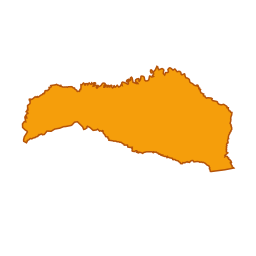 the district of Kralanh, Siemréab, Cambodia, rotated 81°
{"feature_id": "14789045B14092242539630", "entity_name": "Kralanh", "entity_type": "district", "adm_level": 2, "iso_a3": "KHM", "parent_name": "Cambodia", "parent_adm1": "Siemréab", "projection": "albers", "projection_center": [103.469, 13.548], "detail": "fine", "context": "isolated", "style": "filled", "palette": "amber", "viewbox_px": 256, "rotation_deg": 81, "n_neighbors": 0, "source": "geoboundaries", "source_scale": "gbopen_adm2", "svg_char_len": 5706}
<svg xmlns="http://www.w3.org/2000/svg" viewBox="0 0 256 256"><g transform="rotate(81 128 128)"><path d="M80.2,70.2L79.9,70.9L77.2,72.3L77.0,72.6L77.9,74.5L76.0,76.0L75.3,76.8L75.1,77.8L76.4,79.4L78.8,79.3L79.4,80.2L79.2,82.2L81.4,83.5L79.8,84.6L77.6,84.1L76.8,83.6L75.7,83.7L74.6,85.1L75.3,88.4L73.5,89.1L72.4,89.0L71.6,89.8L74.8,91.9L76.2,93.6L76.2,94.7L74.3,95.7L74.3,96.6L75.8,97.0L77.3,96.5L77.5,94.3L77.8,94.1L78.9,94.3L79.9,95.6L81.1,94.7L81.4,96.6L80.0,98.3L80.3,98.7L83.6,99.9L84.4,101.1L84.4,103.0L83.4,104.0L80.2,104.1L79.2,105.1L78.8,106.7L79.0,107.1L81.8,107.9L83.6,109.4L83.3,109.9L81.3,109.5L80.9,109.7L80.9,111.5L81.6,112.9L82.8,113.4L83.5,113.2L84.9,111.5L85.7,111.2L85.5,112.6L83.6,115.9L80.2,116.0L78.9,116.2L78.3,116.7L78.9,117.7L79.8,118.1L80.7,117.7L81.4,118.2L81.4,118.6L80.3,119.4L80.0,119.9L80.4,120.3L82.0,119.9L82.1,120.6L80.5,121.3L81.1,122.0L81.9,122.2L83.0,120.6L83.6,120.5L84.4,120.8L84.8,121.3L82.6,124.3L81.8,126.1L82.1,126.8L82.7,127.2L84.9,127.1L84.1,128.0L85.5,129.1L86.1,130.7L84.1,132.0L85.7,134.1L85.6,134.5L84.1,135.0L84.2,135.4L85.6,136.1L86.0,137.0L84.8,137.7L83.6,137.3L83.1,137.9L83.3,138.7L84.6,139.5L84.6,139.9L84.2,140.4L83.4,140.0L82.9,140.5L82.8,141.4L84.3,141.8L84.3,142.2L82.9,142.1L82.3,142.5L82.1,143.0L84.1,144.6L83.9,145.5L82.3,145.0L81.3,143.7L80.5,143.7L79.8,144.8L79.9,146.2L81.7,147.9L82.5,149.5L82.3,150.4L81.3,150.9L81.2,151.3L81.9,151.7L83.2,151.5L83.8,152.4L83.2,152.9L81.5,152.4L80.8,152.7L80.6,153.4L81.3,155.1L81.3,156.0L80.0,155.3L78.9,153.1L78.7,153.0L78.1,153.5L78.0,154.5L78.7,155.9L77.8,156.8L79.0,157.2L79.1,157.9L77.4,159.3L79.0,160.9L77.8,161.2L77.6,162.9L77.7,163.2L78.7,163.2L78.9,163.8L77.1,164.4L76.6,165.0L78.1,166.7L77.8,167.7L81.1,168.2L82.5,168.7L82.3,169.2L82.6,169.5L84.2,170.2L83.9,171.0L84.1,172.0L83.5,172.7L82.8,172.7L81.1,174.5L80.1,174.6L79.9,175.7L78.4,177.0L77.9,180.6L78.3,181.5L77.9,182.0L77.4,185.9L76.5,187.3L75.6,187.6L76.2,188.0L76.2,188.4L75.6,188.8L74.8,189.9L74.8,190.6L73.7,191.7L74.0,192.8L74.0,197.6L74.8,197.3L75.5,197.7L75.6,199.6L76.6,199.3L77.3,199.7L77.4,200.5L77.9,200.7L78.6,202.1L78.1,203.0L78.3,204.1L80.2,204.8L80.2,205.3L81.0,205.7L80.8,206.7L81.6,207.5L82.0,209.1L83.4,211.6L83.4,212.1L82.9,212.4L83.3,212.9L83.3,213.2L82.9,213.3L83.1,213.9L83.0,214.8L82.7,214.9L84.5,217.9L84.6,218.9L84.3,219.4L84.1,220.9L84.8,221.2L85.8,220.2L86.4,220.7L87.9,220.7L88.7,221.2L90.1,223.7L92.0,224.0L92.7,223.7L93.6,224.4L94.2,223.9L94.6,224.0L94.5,224.4L95.9,226.1L96.2,226.0L96.8,224.8L98.0,224.6L98.1,225.6L100.1,227.4L100.9,226.5L102.3,226.4L102.2,227.0L101.1,227.6L101.1,228.1L101.5,228.2L105.9,228.0L105.4,229.4L107.5,231.6L111.0,232.0L113.6,230.1L115.3,228.2L116.2,228.0L120.5,231.8L123.4,233.0L124.8,233.1L126.7,230.6L125.0,229.3L124.6,229.4L124.1,227.7L123.1,226.2L123.7,224.7L123.0,223.1L123.0,221.3L122.5,220.8L122.2,218.4L121.4,217.9L121.3,217.2L120.6,216.9L120.8,216.2L120.4,214.5L120.6,213.9L121.3,213.6L121.3,211.7L118.4,208.5L119.2,204.4L117.6,200.6L117.5,195.4L116.6,191.5L116.8,189.4L116.6,183.9L116.2,182.8L113.9,179.9L113.9,177.0L119.8,172.6L122.5,172.0L122.4,170.7L121.5,168.6L120.1,168.2L119.9,167.8L121.6,165.5L124.9,162.8L125.0,159.6L124.4,158.1L126.7,156.5L126.4,155.5L127.2,154.2L126.6,153.6L126.8,153.2L129.0,153.2L131.1,151.9L133.0,151.4L133.7,149.4L135.3,149.3L136.0,148.6L137.1,148.8L138.3,144.8L138.7,144.4L139.1,142.0L139.8,141.1L140.2,139.2L140.9,138.2L140.9,137.2L142.8,135.4L143.1,134.7L144.3,134.4L144.8,131.2L146.7,131.2L147.4,129.5L147.7,127.0L148.5,127.5L148.8,126.9L150.8,127.5L151.5,127.4L151.9,126.5L152.3,125.0L151.7,123.9L151.8,123.1L152.6,122.4L153.3,123.2L153.9,122.2L154.2,121.7L153.7,121.2L154.0,120.8L153.7,120.4L154.4,118.8L155.4,117.4L154.7,116.5L154.4,113.5L155.2,108.0L156.3,107.0L155.5,106.4L156.2,105.2L156.1,104.0L157.2,103.1L157.4,102.3L158.4,101.9L158.9,101.0L158.6,100.7L159.4,99.7L159.8,99.8L160.1,98.3L160.5,98.7L161.9,96.1L161.9,95.2L162.5,94.5L162.3,93.8L163.3,94.0L163.2,92.6L163.9,91.7L164.8,89.2L165.1,88.7L166.1,88.8L166.4,88.3L166.4,86.6L167.4,85.8L168.3,83.6L169.0,83.3L170.3,81.8L171.3,81.7L171.8,80.1L170.8,79.1L171.1,78.8L171.0,77.8L171.3,77.4L170.5,74.8L171.3,74.1L171.1,73.3L171.6,72.6L170.5,71.3L170.1,69.9L170.3,69.0L171.8,68.2L171.9,64.8L172.5,62.9L173.0,62.5L173.1,60.6L173.7,60.0L173.6,59.1L174.9,57.3L177.0,55.7L178.0,54.1L180.1,53.5L181.0,54.0L181.5,53.6L183.8,53.4L184.0,52.8L184.4,39.1L184.1,29.7L183.5,30.1L183.4,30.8L182.6,31.2L181.6,31.1L180.2,31.8L179.0,31.8L178.5,32.4L178.1,32.3L178.4,31.7L178.2,31.2L176.7,31.5L175.0,32.6L174.6,33.4L173.7,33.7L173.4,33.4L173.0,34.0L171.8,34.3L171.1,35.8L171.4,36.6L170.8,36.3L170.2,36.6L168.2,33.3L167.0,34.6L165.2,34.2L164.9,34.4L164.4,33.9L163.4,34.1L162.3,33.5L161.9,33.8L161.2,33.5L160.7,33.0L159.9,33.3L158.8,32.8L158.4,31.8L158.1,32.0L157.7,31.4L155.8,31.6L153.9,30.6L154.0,30.3L152.8,30.4L150.6,29.5L149.3,28.3L148.6,28.3L147.5,26.9L146.6,26.8L145.7,25.8L143.9,25.5L143.1,25.8L142.2,25.6L141.8,26.0L140.7,25.8L139.4,26.5L137.6,25.6L135.4,25.0L135.1,25.2L133.0,24.6L131.4,23.6L128.9,22.9L128.4,24.2L127.2,24.5L126.8,25.4L124.9,26.0L123.7,25.7L123.4,27.1L122.3,26.9L121.9,27.2L119.6,29.8L119.7,32.4L118.6,34.7L117.3,35.5L116.3,35.6L115.7,36.2L114.2,40.0L113.0,40.9L112.1,40.3L111.4,41.3L110.6,44.4L110.8,45.8L109.4,47.0L108.6,47.0L108.0,48.4L107.1,48.1L106.5,48.5L106.2,48.1L104.6,50.5L102.4,50.9L101.6,50.4L101.3,51.2L100.8,50.9L100.2,51.0L100.5,51.6L100.2,51.9L98.8,51.7L97.6,52.7L97.5,52.1L96.9,52.2L96.3,53.1L97.0,53.8L96.9,54.2L96.2,55.8L94.3,57.3L93.2,58.9L92.1,59.8L90.2,59.8L89.2,60.2L88.0,61.5L87.5,62.9L86.8,63.2L84.8,63.6L83.7,63.5L83.3,63.8L83.9,66.4L83.5,67.0L81.2,67.2L80.2,68.0L79.9,69.3L80.2,70.2Z" fill="#f59e0b" stroke="#b45309" stroke-width="1.5"/></g></svg>